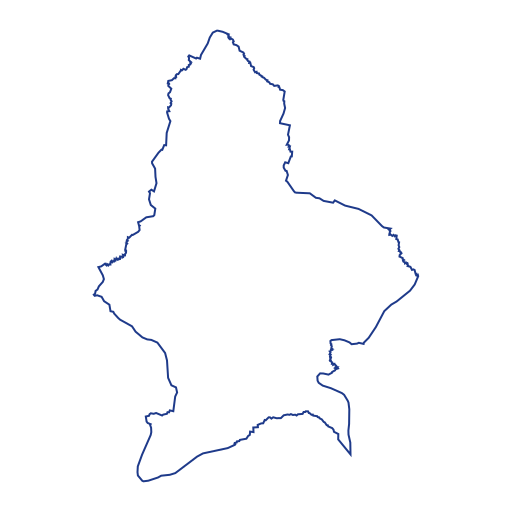 the district of Nong Muang, Lop Buri, Thailand
{"feature_id": "78962969B8499402752452", "entity_name": "Nong Muang", "entity_type": "district", "adm_level": 2, "iso_a3": "THA", "parent_name": "Thailand", "parent_adm1": "Lop Buri", "projection": "albers", "projection_center": [100.697, 15.296], "detail": "fine", "context": "isolated", "style": "outline", "palette": "blue", "viewbox_px": 512, "rotation_deg": 0, "n_neighbors": 0, "source": "geoboundaries", "source_scale": "gbopen_adm2", "svg_char_len": 6011}
<svg xmlns="http://www.w3.org/2000/svg" viewBox="0 0 512 512"><path d="M158.0,477.5L161.2,475.7L169.8,474.8L175.3,473.1L197.1,456.6L203.0,453.4L227.7,448.1L234.7,444.9L234.5,444.2L235.2,444.1L234.9,442.9L236.7,442.5L236.9,441.4L239.3,441.1L239.9,439.9L246.4,438.7L248.1,436.0L249.8,434.9L250.1,431.6L253.5,432.1L253.3,427.5L257.9,427.2L257.7,424.9L261.2,423.4L263.2,423.3L264.7,420.0L265.7,420.3L268.7,417.3L269.9,417.3L271.4,418.6L273.2,417.3L276.5,418.2L280.9,418.1L283.7,415.3L287.5,414.5L289.6,414.8L290.9,414.1L292.9,415.0L295.2,414.7L296.6,415.5L297.9,414.3L302.6,413.9L303.6,412.0L305.2,412.0L305.7,411.3L308.0,411.3L308.8,413.0L309.6,413.1L311.5,414.8L312.8,414.6L313.2,415.6L317.2,416.2L317.7,417.1L319.2,417.4L319.6,418.3L321.8,419.4L323.7,421.9L324.8,422.4L326.7,425.2L327.8,425.3L328.2,426.4L332.2,428.1L333.5,429.7L334.0,431.8L338.3,434.0L338.2,439.4L350.5,454.4L350.3,442.6L348.5,434.6L348.4,430.5L349.1,424.0L349.3,409.2L348.5,402.6L347.7,400.7L344.1,394.8L341.9,393.1L330.9,388.2L322.7,385.6L318.7,382.8L317.6,380.7L317.3,376.5L320.1,373.4L323.3,373.5L328.5,374.6L331.9,372.8L332.1,372.0L335.1,370.3L335.6,369.2L338.1,368.4L337.8,367.9L336.1,367.9L337.2,367.1L336.0,366.9L336.6,366.5L336.3,365.9L334.7,364.3L333.6,364.7L334.0,363.8L331.9,363.8L332.2,362.4L331.2,361.7L330.9,360.7L330.1,360.9L329.8,360.4L330.8,358.2L330.2,358.1L330.0,356.7L330.7,356.6L330.1,355.1L330.5,354.6L329.6,354.3L330.5,352.3L329.9,351.5L330.5,351.4L330.8,350.0L332.0,349.9L331.7,349.2L332.3,349.0L331.3,348.3L331.8,346.2L331.0,345.1L331.4,344.2L330.6,343.5L330.4,341.0L331.5,340.1L339.8,339.2L344.5,340.3L349.5,342.4L351.6,344.2L357.1,343.6L358.8,342.8L363.6,343.9L363.8,342.7L368.7,337.8L375.9,327.0L384.3,311.1L391.3,304.6L396.6,301.5L410.0,290.7L414.7,284.5L418.2,276.2L417.9,275.0L417.1,275.7L416.2,275.4L416.4,273.8L415.6,273.8L414.6,270.0L413.4,269.4L412.0,269.9L410.4,266.8L407.7,266.1L408.1,265.4L407.0,264.1L407.6,263.7L407.4,263.1L406.4,263.4L405.9,262.5L405.0,263.2L404.9,262.5L403.3,261.5L403.0,260.6L404.0,260.0L402.6,258.9L402.6,258.0L399.5,256.6L399.7,255.0L401.5,253.2L400.9,252.3L400.4,252.5L399.8,251.1L398.9,251.0L399.3,250.0L398.4,248.8L399.3,247.1L398.6,245.2L399.1,242.3L398.4,242.0L397.7,239.5L396.3,239.1L396.7,235.6L395.4,235.3L394.7,236.2L393.5,234.9L392.3,235.9L390.7,234.6L389.3,234.9L389.3,234.2L390.0,234.1L389.7,232.1L390.4,231.1L389.2,229.9L390.0,230.0L389.8,229.2L390.5,228.6L383.9,227.5L382.0,226.1L371.6,215.4L358.5,208.9L345.1,205.6L334.8,200.4L333.1,202.7L323.6,200.9L319.5,198.3L315.9,197.8L309.8,193.3L296.4,192.7L295.0,192.4L293.9,191.2L287.4,181.8L286.0,180.7L287.9,175.0L286.6,170.9L285.5,170.8L283.7,167.6L283.7,165.4L285.2,162.3L288.3,163.2L290.8,156.5L291.8,156.4L292.2,151.7L290.5,151.7L289.8,149.0L289.2,149.1L289.9,146.5L288.7,146.6L289.1,145.4L287.8,144.6L286.8,144.7L289.0,140.4L289.1,137.2L288.0,134.7L289.9,125.3L280.0,123.2L280.1,121.0L283.5,113.6L285.1,108.0L284.2,103.7L284.3,101.2L283.5,100.8L283.3,99.8L284.7,91.5L282.8,90.1L280.1,89.7L279.4,87.3L278.6,87.0L278.9,86.1L277.8,85.4L274.2,85.9L272.8,84.3L270.1,83.8L269.3,82.3L267.2,81.4L267.5,80.3L265.7,79.6L264.1,77.8L262.5,77.2L262.3,76.4L261.5,76.4L261.2,75.7L259.3,74.6L259.1,73.5L256.9,73.1L256.6,71.8L255.1,72.3L253.6,69.7L254.2,68.2L253.7,67.1L251.1,66.1L250.3,62.8L249.2,62.9L249.5,61.6L248.1,61.1L247.2,59.9L247.4,59.2L246.1,58.7L244.2,56.8L244.5,56.1L244.0,56.0L243.5,54.6L244.1,53.8L243.4,52.5L239.6,50.7L238.6,46.6L236.4,45.1L233.7,44.4L232.9,42.2L233.7,41.4L232.9,39.6L231.0,38.5L230.0,39.3L228.8,38.3L228.4,37.3L229.2,37.0L228.3,36.7L228.7,35.4L227.8,34.7L228.4,34.2L222.7,31.8L217.9,30.7L216.8,30.7L212.8,32.6L209.8,37.5L207.7,43.5L201.0,54.9L200.1,58.7L196.9,57.7L196.1,58.5L189.2,55.4L188.3,56.5L189.1,57.9L188.8,60.1L190.9,62.0L190.3,62.2L190.8,63.4L190.3,63.5L190.2,64.5L188.8,65.0L188.8,66.7L187.1,67.2L186.6,69.0L185.7,69.8L183.4,68.8L182.2,70.2L181.1,69.9L181.2,70.6L180.6,70.8L178.3,74.1L176.8,74.2L175.9,75.2L176.1,76.8L175.5,76.7L175.4,78.3L174.0,78.2L171.9,80.2L168.3,80.9L167.8,83.3L169.1,83.5L169.2,84.0L168.4,84.7L168.3,85.9L171.3,88.7L170.0,92.2L168.5,93.4L168.1,95.1L169.6,98.2L170.8,98.7L170.6,99.8L171.6,101.3L170.6,103.1L171.3,103.8L171.0,105.3L169.0,107.5L168.1,107.3L168.2,108.9L169.3,111.2L167.2,111.4L167.1,112.6L169.0,118.8L170.4,121.1L166.7,132.9L166.1,145.3L164.2,145.1L162.3,149.8L161.5,149.6L158.5,152.7L152.0,161.7L152.1,163.3L155.1,168.6L155.5,176.9L156.5,183.2L154.0,191.4L151.4,189.7L149.0,191.6L150.0,193.2L149.0,199.3L150.8,205.0L155.3,208.6L154.3,215.1L153.2,216.2L146.3,217.3L140.6,221.4L138.1,222.2L139.0,225.5L139.7,225.7L139.2,226.5L139.6,230.0L138.2,231.8L132.7,235.0L132.0,234.8L129.2,237.7L127.9,237.2L127.9,238.7L126.9,240.1L127.7,240.8L126.6,241.6L126.8,242.6L127.5,242.6L126.4,243.1L127.1,243.7L126.3,244.3L125.2,249.7L125.8,250.2L125.4,250.8L126.1,251.1L126.0,252.8L125.2,253.7L125.0,255.3L123.0,254.8L123.5,256.3L123.2,257.1L122.4,257.5L122.3,256.6L120.1,256.5L120.0,259.0L119.1,259.2L118.9,258.6L118.0,258.6L117.6,259.8L116.8,259.6L116.3,258.6L116.1,259.2L115.2,259.2L115.2,259.9L114.5,259.2L114.2,261.4L113.4,261.2L112.5,262.1L111.7,260.7L110.9,261.4L111.1,262.3L110.5,262.4L110.4,264.5L109.3,264.3L108.4,265.4L107.6,264.4L106.7,265.5L105.5,264.5L105.7,263.7L105.1,263.6L101.2,266.4L98.4,267.1L102.8,275.3L103.9,279.1L102.8,281.9L98.9,286.3L97.5,289.5L95.6,290.9L95.1,293.6L93.8,294.7L94.7,295.8L97.2,295.3L101.6,296.8L104.1,301.2L109.4,304.7L110.5,311.2L113.3,311.8L114.2,313.6L118.1,317.9L120.1,319.7L132.0,326.3L135.6,331.7L142.4,337.4L147.2,339.4L151.3,339.9L157.4,342.6L165.1,353.0L167.0,360.4L168.1,377.8L171.4,385.3L176.0,387.4L177.1,392.5L175.2,396.5L173.3,411.2L169.8,410.4L169.1,412.3L167.5,412.2L166.9,413.8L163.2,414.6L162.1,415.5L156.1,413.0L153.7,413.8L150.8,413.3L149.6,414.2L149.0,415.8L145.8,416.5L146.6,421.6L147.7,423.0L150.6,424.2L150.1,424.9L151.1,427.7L151.3,432.1L150.7,435.0L142.1,454.6L137.8,466.4L137.5,472.2L137.9,475.5L142.3,480.8L143.5,481.3L148.3,480.7L158.0,477.5Z" fill="none" stroke="#1e3a8a" stroke-width="2"/></svg>